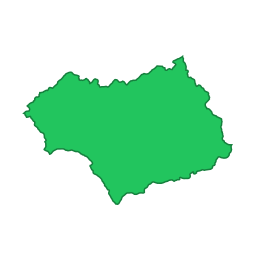 Sihuas, Áncash, Peru (Robinson projection), rotated 96°
{"feature_id": "86281439B22456830614745", "entity_name": "Sihuas", "entity_type": "district", "adm_level": 2, "iso_a3": "PER", "parent_name": "Peru", "parent_adm1": "Áncash", "projection": "robinson", "projection_center": [-77.577, -8.497], "detail": "fine", "context": "isolated", "style": "filled", "palette": "green", "viewbox_px": 256, "rotation_deg": 96, "n_neighbors": 0, "source": "geoboundaries", "source_scale": "gbopen_adm2", "svg_char_len": 5759}
<svg xmlns="http://www.w3.org/2000/svg" viewBox="0 0 256 256"><g transform="rotate(96 128 128)"><path d="M78.9,192.4L80.5,195.2L81.3,195.9L81.9,196.1L82.9,197.2L84.4,198.0L86.0,199.1L87.1,200.1L87.7,201.1L89.4,202.6L91.1,202.8L91.7,203.1L94.1,205.4L96.3,207.1L96.1,208.0L95.9,209.4L96.0,210.2L96.8,211.0L97.9,211.2L99.1,211.9L99.0,212.9L99.1,213.3L100.6,215.6L101.2,216.1L101.9,218.3L102.0,219.4L103.0,219.4L104.2,219.9L105.7,219.7L106.2,220.2L106.8,221.1L106.6,221.8L106.9,222.7L107.9,223.6L108.6,223.8L109.7,223.6L110.6,224.2L111.1,224.8L111.9,224.9L112.2,225.2L113.2,227.2L114.2,228.5L115.3,229.2L116.4,230.5L116.7,230.5L116.9,230.2L117.3,229.7L117.6,229.0L118.5,228.2L119.7,227.7L121.3,228.1L121.6,228.8L121.9,230.4L122.3,231.3L122.6,231.7L123.7,232.5L124.3,233.2L124.6,232.3L125.0,231.8L125.9,231.6L126.8,230.7L127.9,230.0L127.6,228.7L126.7,226.6L126.7,226.3L128.6,225.2L129.1,224.3L130.9,222.9L131.7,221.4L133.0,221.2L134.1,221.4L135.2,221.1L137.0,218.2L137.3,217.8L138.1,217.6L138.7,217.0L139.0,216.4L139.7,215.9L141.2,214.5L141.8,212.2L142.5,211.2L143.5,210.6L146.3,210.1L147.7,208.7L149.1,208.1L150.1,209.0L150.4,209.2L151.6,208.2L155.1,207.7L156.7,208.4L157.6,209.0L158.2,209.1L158.5,208.7L159.2,207.0L159.6,205.2L160.9,203.9L162.2,203.2L162.0,202.6L161.2,201.6L159.6,200.6L158.5,199.7L156.7,197.0L156.2,196.1L155.5,190.2L155.6,189.6L156.6,187.5L156.7,187.2L156.5,186.5L156.9,185.3L156.6,184.4L156.4,183.2L156.0,182.6L155.8,181.6L156.9,177.8L156.7,175.3L157.5,173.4L158.5,172.5L158.7,171.4L159.2,170.8L159.5,169.9L159.4,169.2L160.2,168.2L160.6,166.4L160.9,165.8L161.6,164.8L163.5,163.0L164.7,161.1L165.9,160.0L166.8,159.6L167.6,159.8L168.8,160.7L169.2,161.7L169.8,161.8L171.0,160.9L171.8,160.6L173.4,159.5L173.9,158.5L174.2,158.2L175.1,158.2L176.4,157.8L177.2,156.7L177.4,155.7L178.0,154.0L178.6,153.3L179.9,150.9L181.7,148.9L183.6,148.0L184.5,146.9L185.3,146.5L185.8,145.7L186.6,145.4L187.5,145.3L187.9,145.1L189.0,143.6L191.2,142.0L191.6,141.5L191.6,140.6L192.1,140.1L192.7,140.0L193.8,140.3L195.1,140.3L195.7,140.0L196.9,138.9L199.8,137.0L200.5,136.3L201.8,135.6L202.4,135.1L203.4,133.5L204.5,132.6L204.9,132.1L204.8,131.5L204.9,130.3L204.1,129.3L200.9,127.9L199.9,127.2L197.7,126.8L197.0,126.4L196.0,125.5L195.1,124.5L193.4,123.0L192.8,122.2L192.6,121.5L192.5,120.1L192.0,117.9L192.3,116.4L193.2,114.7L193.1,112.9L192.9,112.3L191.4,109.8L191.1,108.0L191.1,106.4L190.9,105.6L190.3,105.0L188.4,105.3L186.8,105.1L186.3,104.8L185.7,103.7L185.0,102.9L184.6,102.6L183.0,102.0L182.3,101.6L181.9,101.2L181.2,99.8L179.4,98.2L179.0,97.4L179.0,96.9L179.5,94.7L179.8,93.1L179.5,89.3L178.9,87.6L178.2,86.3L177.6,85.4L176.8,83.1L175.8,81.8L175.5,81.0L175.0,78.8L175.5,77.7L176.0,76.9L176.1,76.5L175.4,75.7L174.8,74.2L174.2,73.5L174.1,71.9L173.9,71.4L173.5,71.2L172.0,71.4L171.7,70.9L171.7,70.2L172.1,69.3L172.3,68.3L172.4,67.1L172.0,64.3L171.9,63.1L171.6,62.2L170.8,61.4L170.1,61.1L169.0,61.1L167.7,61.6L166.9,61.2L165.1,59.2L164.9,58.5L165.2,58.1L166.1,58.3L166.6,57.8L166.7,57.1L166.5,56.4L165.5,55.2L164.6,55.3L164.1,55.0L163.6,54.1L163.1,52.2L162.2,50.4L161.7,49.9L162.0,47.5L161.6,46.6L160.4,41.7L159.5,40.4L158.7,39.9L157.6,39.9L157.0,39.7L156.5,39.2L156.1,38.2L155.7,37.9L155.2,37.7L153.8,37.9L152.4,37.1L151.0,37.1L150.0,36.8L149.3,36.2L147.7,35.4L147.5,35.2L147.1,34.6L147.1,34.3L147.3,33.3L147.7,32.4L147.8,31.1L147.9,29.5L147.7,28.2L147.3,27.0L146.4,25.8L144.9,24.8L144.2,24.6L142.8,24.6L142.3,24.3L141.3,23.4L140.0,23.0L138.6,22.8L137.1,23.3L135.2,23.6L134.7,23.5L133.9,23.1L134.1,25.9L133.7,27.4L132.6,29.5L132.3,30.4L131.8,30.8L131.1,30.9L130.5,31.6L130.5,32.2L130.2,32.5L129.2,33.0L128.1,33.2L126.7,32.6L126.1,32.6L124.5,33.3L123.5,33.4L122.9,33.8L122.2,33.8L122.1,34.3L121.7,34.5L119.4,34.8L117.5,35.8L116.4,35.7L115.4,35.3L113.1,35.4L111.9,35.2L110.7,35.7L109.4,35.9L109.0,36.3L107.5,40.8L106.8,41.4L106.7,42.3L106.3,43.3L106.4,43.9L105.6,45.2L104.9,45.8L104.6,46.0L103.5,46.3L102.3,47.4L100.9,49.0L100.5,50.0L100.5,51.7L99.6,51.9L98.8,52.9L98.2,53.3L96.4,53.7L95.3,53.5L92.1,51.0L90.7,50.1L90.2,50.3L88.9,50.1L88.2,50.7L87.3,51.0L86.6,51.6L85.1,51.5L84.2,52.3L83.4,55.1L81.6,56.8L81.1,56.8L80.6,57.3L80.2,58.8L78.5,60.2L78.0,61.0L77.9,62.2L79.1,63.4L79.4,63.9L79.3,64.3L77.8,65.4L77.1,65.5L76.4,66.0L73.5,66.8L73.1,67.1L72.7,67.8L71.9,70.0L71.0,70.9L71.5,72.5L71.1,73.3L70.6,73.8L69.9,74.0L68.9,74.1L68.6,74.5L67.5,74.7L67.2,74.7L66.3,74.2L65.3,74.1L64.9,74.3L64.5,74.7L64.4,76.5L61.0,76.6L60.4,76.8L57.8,78.0L56.8,78.9L56.4,79.8L56.2,79.9L54.1,80.2L53.4,80.1L51.8,81.1L51.1,81.2L52.1,82.2L52.5,83.0L53.6,84.3L54.0,85.6L55.6,88.0L56.4,89.5L57.0,90.1L57.8,90.2L58.1,90.0L58.9,87.9L59.9,87.1L60.8,87.4L61.5,88.1L62.4,88.5L63.0,89.3L65.2,90.2L65.2,91.4L64.7,93.0L65.4,94.4L66.5,95.4L66.6,96.4L66.3,97.1L64.3,97.7L64.3,99.2L63.1,100.2L63.3,105.6L63.6,105.7L66.2,107.9L67.9,110.3L68.8,110.6L69.7,111.6L71.5,113.0L72.0,113.8L72.5,115.6L72.2,117.8L72.9,118.7L73.5,120.1L77.2,122.7L78.2,123.9L79.7,125.1L79.7,125.8L80.0,126.7L80.0,127.9L80.6,128.9L80.9,130.2L82.4,131.6L84.8,133.2L85.2,133.6L85.2,133.9L84.8,134.6L82.6,136.6L82.3,137.2L82.0,138.2L82.6,138.9L83.2,140.3L83.4,141.2L83.2,141.7L82.8,142.3L81.8,143.3L81.3,144.1L81.2,145.5L81.3,146.0L82.0,146.6L83.6,147.8L84.8,148.2L86.7,150.1L88.2,150.9L89.3,152.1L89.4,152.4L88.9,154.1L89.5,156.2L89.7,158.4L90.3,160.0L89.3,160.9L88.4,161.2L87.6,162.7L87.2,162.8L84.8,162.6L83.9,162.8L83.4,163.2L83.0,164.0L82.9,165.3L82.6,165.8L82.9,166.3L83.6,167.1L86.4,168.7L87.1,169.8L87.8,170.5L87.4,170.9L86.0,171.1L85.1,172.3L84.4,172.6L84.2,173.2L83.2,174.5L83.4,175.2L84.5,176.1L85.4,178.1L85.2,179.6L85.6,180.6L85.2,181.6L84.9,181.7L84.4,181.6L83.5,182.4L81.9,182.1L81.4,182.4L80.9,184.3L80.7,186.9L80.0,188.2L78.6,189.8L78.5,190.9L78.9,192.4Z" fill="#22c55e" stroke="#15803d" stroke-width="1.5"/></g></svg>